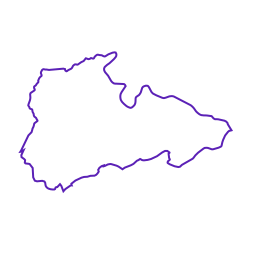 map outline of Bong (Mercator projection), rotated 189°
{"feature_id": "LBR-784", "entity_name": "Bong", "entity_type": "County", "adm_level": 1, "iso_a3": "LBR", "parent_name": "Liberia", "parent_adm1": "", "projection": "mercator", "projection_center": [-9.669, 6.93], "detail": "fine", "context": "isolated", "style": "outline", "palette": "violet", "viewbox_px": 256, "rotation_deg": 189, "n_neighbors": 0, "source": "natural_earth", "source_scale": "10m", "svg_char_len": 4363}
<svg xmlns="http://www.w3.org/2000/svg" viewBox="0 0 256 256"><g transform="rotate(189 128 128)"><path d="M174.7,62.6L174.8,62.6L176.0,62.0L180.3,57.9L181.9,55.4L184.8,60.4L186.4,61.9L188.6,58.6L189.5,58.4L190.2,57.9L190.5,56.3L191.1,55.8L192.5,55.5L194.9,55.4L197.0,55.7L198.1,56.1L199.3,56.9L200.3,58.1L201.3,61.1L202.2,62.1L204.5,62.4L209.5,61.1L211.8,61.4L213.9,64.4L215.9,73.6L219.5,77.0L220.4,77.1L223.7,77.0L224.5,77.6L224.6,80.2L225.7,81.1L228.6,82.6L229.1,84.5L227.7,89.6L229.4,88.1L230.6,87.7L230.0,89.1L225.2,105.1L222.6,108.8L222.3,111.0L222.2,112.5L221.6,114.3L221.4,115.6L221.3,117.6L221.0,118.2L218.6,120.7L218.6,121.3L219.5,122.3L220.3,123.5L220.9,123.9L222.2,124.6L222.7,125.2L223.1,126.0L223.4,127.2L223.9,127.9L224.4,128.5L224.8,129.1L225.3,130.7L225.6,131.3L226.3,131.5L226.8,131.6L227.4,131.7L227.7,131.8L228.1,132.0L228.8,133.3L230.0,134.6L230.0,135.7L229.2,139.9L229.1,141.5L229.2,142.9L229.9,145.9L229.8,147.0L229.3,147.7L228.3,148.6L227.8,149.1L227.2,149.6L226.6,150.2L226.1,150.9L226.2,151.7L226.7,152.2L227.1,153.2L227.2,154.0L226.9,154.6L225.8,155.6L225.5,156.2L225.2,157.0L224.8,157.7L223.8,159.1L223.8,159.8L224.1,160.7L223.6,162.9L223.2,163.8L222.7,164.6L221.6,165.9L221.6,166.7L222.6,168.5L222.7,169.5L221.9,171.9L221.2,172.6L220.5,172.9L219.1,172.8L217.5,173.0L215.1,173.0L201.1,176.5L199.4,176.3L199.2,175.5L198.8,174.9L197.8,174.4L197.1,174.7L196.7,175.2L195.8,176.0L193.5,177.6L192.9,178.3L192.5,179.2L192.3,180.0L192.0,180.8L191.4,181.6L190.4,182.5L189.4,182.7L188.1,182.6L187.4,182.9L184.5,185.7L182.3,187.2L181.6,188.4L180.6,190.2L179.9,190.2L179.2,190.0L177.9,189.8L177.0,190.1L176.3,190.5L175.7,191.2L174.9,191.3L174.2,191.1L173.2,191.1L172.7,191.4L172.4,192.0L172.2,192.8L171.3,194.2L170.4,195.1L169.9,195.5L169.2,195.7L167.8,195.6L167.2,195.6L165.9,195.7L165.2,195.7L163.5,195.1L162.3,195.0L161.6,195.3L158.9,197.7L155.0,200.0L153.2,200.6L152.0,200.6L151.6,200.0L151.2,199.5L151.0,198.9L150.9,198.4L150.9,197.9L150.9,197.3L151.1,196.7L151.3,196.1L152.7,193.8L156.4,189.1L158.5,187.1L160.3,184.9L160.6,184.4L160.7,183.9L160.9,183.3L160.9,182.8L160.8,182.2L160.6,181.4L160.0,180.4L159.3,179.5L155.8,176.5L152.0,171.8L151.3,171.2L150.5,170.6L149.1,169.9L148.2,169.8L147.5,169.8L147.0,169.9L139.7,170.7L138.6,170.7L138.1,170.4L137.6,170.0L136.9,169.0L139.9,162.5L140.6,160.3L140.6,159.4L140.6,158.4L140.3,156.9L140.0,155.9L139.7,155.1L139.3,154.4L138.8,153.8L137.8,152.7L135.8,151.2L133.4,149.7L132.2,149.1L131.0,148.7L129.6,148.4L129.0,148.3L128.4,148.4L127.9,148.6L127.3,149.0L126.3,150.1L125.6,151.1L125.2,151.7L125.0,152.3L124.8,153.0L124.7,153.7L124.7,155.0L125.1,158.4L125.1,159.0L124.9,159.6L124.5,160.2L122.4,162.2L122.0,162.7L121.5,163.8L121.0,165.0L120.8,166.1L120.5,168.3L120.2,170.0L119.9,170.6L119.4,171.2L118.6,171.8L116.9,172.6L115.9,172.7L115.1,172.7L114.6,172.4L114.1,172.0L113.1,170.8L110.5,167.3L110.0,166.9L109.0,166.1L108.4,165.8L105.1,164.7L98.9,163.2L97.6,163.1L97.0,163.2L95.4,163.9L92.1,165.7L90.1,166.3L88.9,166.4L87.7,166.3L69.6,160.3L68.4,159.6L67.1,158.7L65.9,157.7L63.4,155.1L62.7,154.6L61.7,153.9L59.7,152.8L58.5,152.4L57.6,152.2L55.3,152.3L52.2,152.7L47.3,152.8L44.9,150.8L43.4,150.3L42.7,150.4L41.5,150.6L40.1,150.7L33.8,150.3L32.0,149.7L30.5,148.5L30.0,147.3L25.4,141.9L25.6,141.8L27.6,141.0L28.6,139.9L30.9,135.8L32.2,131.1L32.6,128.6L32.8,125.3L32.9,124.8L33.2,124.3L34.1,123.6L35.5,122.7L40.4,120.4L41.5,120.1L42.1,120.1L45.8,120.8L46.9,120.8L48.0,120.6L49.2,120.3L50.3,119.4L54.9,114.6L57.2,111.5L58.6,108.8L59.3,107.8L69.0,100.0L70.2,98.4L70.6,97.9L72.2,97.3L76.0,97.5L81.1,98.7L83.2,99.6L83.4,99.8L83.5,100.2L83.5,100.6L83.3,101.4L82.9,101.9L82.3,102.5L81.9,103.0L81.8,103.6L82.1,104.0L82.5,104.5L82.8,105.1L83.2,106.6L83.4,107.2L83.8,108.6L83.9,109.0L83.7,109.3L83.4,109.6L83.2,109.9L83.2,110.3L83.6,110.5L84.0,110.7L85.6,111.5L87.9,111.1L90.4,109.2L94.9,104.7L100.4,101.0L103.5,99.6L107.0,98.6L107.8,98.5L108.8,98.5L109.7,98.7L110.4,99.1L111.2,99.3L111.9,98.7L112.6,97.9L113.5,97.5L114.2,96.9L117.0,93.4L119.4,91.6L124.9,88.4L127.0,86.4L131.3,88.4L133.4,89.0L138.7,89.7L139.7,89.7L141.0,89.3L142.3,88.8L144.8,87.0L146.0,86.4L146.0,87.3L148.1,86.2L150.0,84.2L150.9,82.0L150.1,80.3L151.0,78.4L152.1,76.8L153.6,75.7L157.6,74.9L160.5,73.5L163.7,72.8L166.1,71.7L171.7,67.9L175.2,64.1L175.0,63.6L175.0,63.1L174.7,62.6L174.7,62.6Z" fill="none" stroke="#5b21b6" stroke-width="2"/></g></svg>